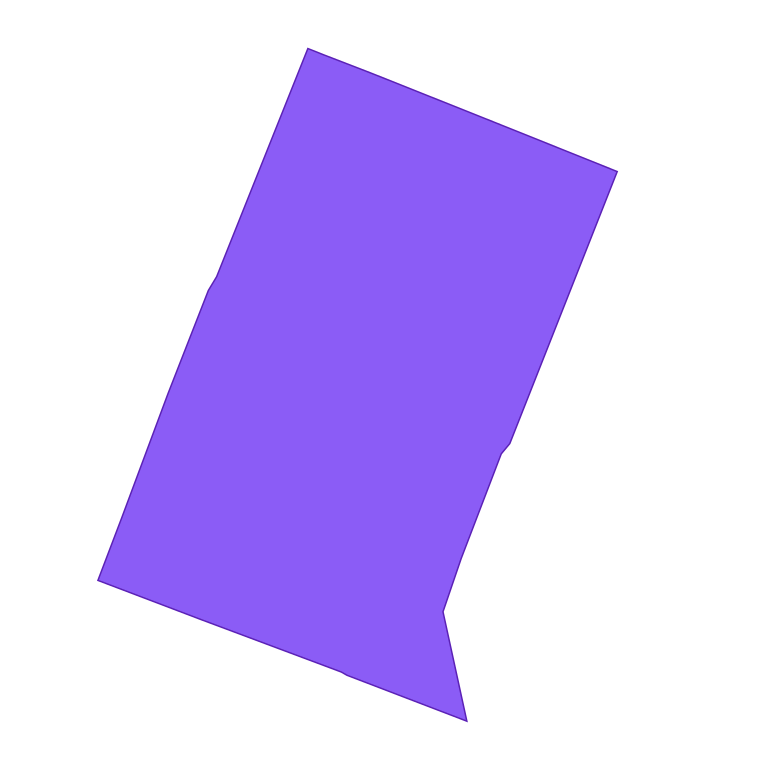 Franklin, Indiana, United States of America, rotated 291°
{"feature_id": "52423323B16028894273840", "entity_name": "Franklin", "entity_type": "district", "adm_level": 2, "iso_a3": "USA", "parent_name": "United States of America", "parent_adm1": "Indiana", "projection": "albers", "projection_center": [-85.059, 39.397], "detail": "fine", "context": "isolated", "style": "filled", "palette": "violet", "viewbox_px": 768, "rotation_deg": 291, "n_neighbors": 0, "source": "geoboundaries", "source_scale": "gbopen_adm2", "svg_char_len": 418}
<svg xmlns="http://www.w3.org/2000/svg" viewBox="0 0 768 768"><g transform="rotate(291 384 384)"><path d="M373.5,522.8L665.9,525.6L666.0,519.0L667.9,392.6L669.6,261.2L669.7,209.6L669.7,209.4L669.9,192.7L424.2,189.3L408.4,186.5L297.7,185.8L164.8,187.1L98.1,187.3L98.5,298.1L99.8,447.4L98.8,453.9L98.9,582.2L192.5,520.7L248.8,518.6L360.8,518.5L373.5,522.8Z" fill="#8b5cf6" stroke="#5b21b6" stroke-width="1.5"/></g></svg>